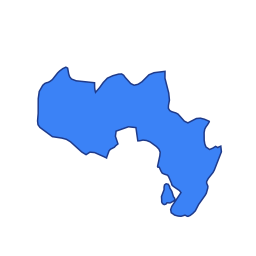 outline of Pangasinan, rotated 200°
{"feature_id": "PHL-2562", "entity_name": "Pangasinan", "entity_type": "Province", "adm_level": 1, "iso_a3": "PHL", "parent_name": "Philippines", "parent_adm1": "", "projection": "mercator", "projection_center": [120.195, 16.001], "detail": "fine", "context": "isolated", "style": "filled", "palette": "blue", "viewbox_px": 256, "rotation_deg": 200, "n_neighbors": 0, "source": "natural_earth", "source_scale": "10m", "svg_char_len": 1957}
<svg xmlns="http://www.w3.org/2000/svg" viewBox="0 0 256 256"><g transform="rotate(200 128 128)"><path d="M53.9,162.0L53.8,161.3L54.4,158.3L55.1,155.9L55.5,153.2L54.9,149.7L52.3,142.7L50.4,139.3L48.2,136.8L44.0,135.7L41.4,138.1L39.4,140.7L36.9,140.3L36.4,141.0L34.6,142.7L32.1,137.6L32.5,118.1L32.9,115.3L35.3,108.1L35.8,104.7L35.3,103.1L33.0,100.6L32.5,98.8L32.1,93.5L32.5,91.2L35.5,80.3L36.4,73.2L37.9,69.9L39.7,67.1L41.4,65.5L42.2,65.3L44.0,65.6L44.8,65.5L47.5,63.5L48.2,63.1L50.9,62.4L54.4,62.1L58.4,63.2L60.0,65.9L60.0,69.3L56.1,85.4L58.2,86.8L65.6,88.7L67.3,89.5L68.3,91.0L73.0,96.0L74.6,97.2L78.3,97.1L80.4,97.3L82.2,98.7L85.2,101.8L86.5,101.4L87.1,102.0L88.6,112.9L89.5,116.3L91.7,118.7L94.9,120.3L102.5,122.5L106.3,122.6L109.8,121.8L112.8,119.9L114.4,119.3L120.7,131.1L128.0,129.3L138.1,121.0L137.0,115.9L132.0,109.6L133.5,107.1L134.2,105.3L137.3,101.9L138.0,100.0L138.0,93.1L137.9,92.5L140.8,92.8L150.9,93.5L155.5,92.3L158.3,88.6L163.2,89.6L177.4,95.4L182.0,96.3L186.7,95.9L196.1,94.0L210.9,98.4L213.7,100.3L215.4,103.7L217.4,111.0L222.4,124.9L223.9,132.0L222.7,139.0L221.4,141.4L220.1,142.6L218.6,143.6L217.1,145.3L215.6,147.7L213.0,155.6L211.8,158.1L209.6,161.5L207.2,163.9L205.2,163.6L202.2,158.5L200.4,156.2L197.9,154.7L192.9,154.6L174.9,159.1L173.1,154.4L172.0,152.3L170.7,150.4L168.5,156.2L166.8,162.3L164.4,167.8L160.1,172.0L155.3,175.4L152.5,176.6L150.2,176.1L148.0,174.6L140.7,170.7L136.9,170.3L133.5,172.5L130.7,176.2L126.5,185.2L122.4,188.9L112.6,193.9L110.3,187.4L101.7,174.8L98.6,168.4L97.7,163.0L96.8,160.3L94.8,158.7L92.7,158.3L88.1,158.5L85.8,158.2L77.4,153.7L73.5,153.3L67.0,160.3L63.3,162.0L59.1,162.4L54.5,162.1L53.9,162.0ZM73.0,82.4L73.9,84.8L74.2,87.0L73.1,88.6L71.0,88.9L69.0,87.3L68.3,86.0L65.1,83.4L61.8,79.0L60.0,77.8L59.4,76.4L60.3,74.8L62.8,72.0L64.5,71.5L65.8,71.1L66.0,70.4L66.4,69.4L67.8,68.4L69.5,68.7L70.7,69.6L71.3,70.6L71.7,71.8L73.1,75.0L73.0,82.4Z" fill="#3b82f6" stroke="#1e3a8a" stroke-width="1.5"/></g></svg>